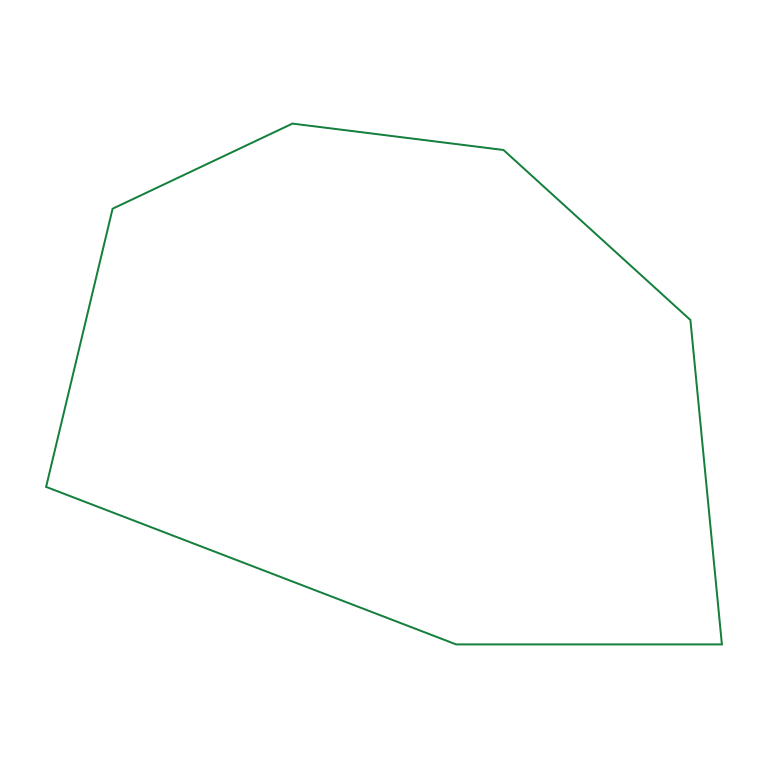 the district of Maradi, Maradi, Niger
{"feature_id": "23599985B96333695472040", "entity_name": "Maradi", "entity_type": "district", "adm_level": 2, "iso_a3": "NER", "parent_name": "Niger", "parent_adm1": "Maradi", "projection": "mercator", "projection_center": [7.133, 13.501], "detail": "fine", "context": "isolated", "style": "outline", "palette": "green", "viewbox_px": 768, "rotation_deg": 0, "n_neighbors": 0, "source": "geoboundaries", "source_scale": "gbopen_adm2", "svg_char_len": 222}
<svg xmlns="http://www.w3.org/2000/svg" viewBox="0 0 768 768"><path d="M112.6,208.7L46.1,486.9L456.1,644.4L721.9,644.4L690.4,320.0L503.5,150.0L292.4,123.6L112.6,208.7Z" fill="none" stroke="#15803d" stroke-width="2"/></svg>